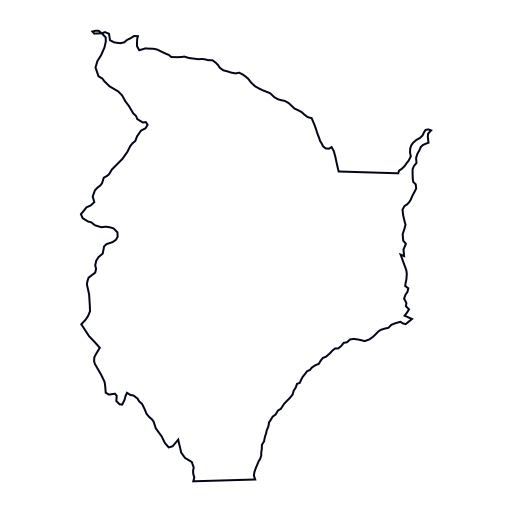 Poranga, Ceará, Brazil
{"feature_id": "56859067B70222133799440", "entity_name": "Poranga", "entity_type": "district", "adm_level": 2, "iso_a3": "BRA", "parent_name": "Brazil", "parent_adm1": "Ceará", "projection": "robinson", "projection_center": [-41.066, -4.8], "detail": "fine", "context": "isolated", "style": "outline", "palette": "ink", "viewbox_px": 512, "rotation_deg": 0, "n_neighbors": 0, "source": "geoboundaries", "source_scale": "gbopen_adm2", "svg_char_len": 4083}
<svg xmlns="http://www.w3.org/2000/svg" viewBox="0 0 512 512"><path d="M193.3,481.3L255.2,479.5L253.9,475.6L254.4,472.1L255.8,468.1L257.5,464.1L258.7,461.1L260.2,458.8L261.2,455.6L261.3,452.0L261.8,449.3L261.9,444.9L264.0,441.4L265.0,436.6L266.1,433.4L266.8,430.1L268.3,426.7L269.1,422.3L270.8,419.8L272.6,416.7L275.6,414.5L278.0,410.5L280.8,408.9L284.1,403.8L287.1,400.7L290.0,397.8L292.7,394.4L293.6,390.9L295.7,387.6L297.0,383.9L299.8,382.8L301.1,379.9L302.6,377.0L304.9,374.1L307.2,371.1L309.9,370.0L311.8,367.6L315.1,365.4L318.8,363.8L320.8,360.5L322.9,357.9L325.9,356.8L329.5,353.7L332.7,350.3L335.3,348.4L338.1,348.5L341.2,346.0L343.7,342.9L347.1,342.2L350.0,339.5L353.6,338.9L357.4,339.4L360.4,340.0L364.7,341.1L369.2,339.5L372.9,336.9L375.8,334.1L378.4,331.4L380.8,329.9L384.3,328.7L388.4,327.8L391.5,324.7L394.6,323.5L397.2,322.7L400.4,321.8L403.1,323.5L405.7,324.1L412.0,319.0L404.6,315.7L407.0,312.6L409.0,309.3L405.9,306.2L406.4,303.1L404.1,298.5L405.5,294.7L407.5,291.8L408.3,288.3L405.2,286.0L405.6,283.0L406.4,279.3L406.8,273.9L406.3,270.2L400.6,254.6L404.1,256.1L403.5,249.5L405.9,243.8L403.2,240.6L402.9,237.2L402.7,234.0L404.4,229.0L405.5,224.8L404.4,220.6L403.2,215.6L402.5,209.7L404.5,206.0L407.1,204.4L409.0,202.4L410.8,199.6L412.4,195.7L414.5,191.9L416.2,188.5L415.7,184.3L413.3,182.0L412.8,179.1L412.6,174.5L412.6,169.2L413.9,166.1L416.5,162.9L416.1,157.9L417.3,154.0L419.2,150.7L420.8,147.0L422.9,145.0L425.3,143.9L428.5,142.7L427.8,136.7L428.1,133.6L431.1,130.4L428.3,129.4L425.6,129.9L424.1,132.2L422.5,135.5L420.2,137.8L416.1,140.1L413.0,142.9L411.3,145.3L410.2,148.6L410.0,152.4L410.8,156.4L408.6,160.7L406.5,163.3L404.7,166.0L401.8,168.8L399.1,170.6L398.2,173.3L338.7,171.5L337.9,168.5L337.2,165.4L336.4,161.8L335.3,156.6L333.8,151.2L331.6,147.1L329.0,148.7L325.6,148.4L323.0,146.2L321.7,143.5L320.2,141.2L319.1,137.9L317.4,133.6L316.1,129.4L314.5,124.9L313.1,121.6L311.7,118.2L307.7,117.1L303.9,114.2L301.8,112.2L298.3,110.3L294.4,108.5L291.5,105.7L288.7,103.1L284.8,100.9L281.2,100.2L278.0,99.3L274.3,97.2L270.4,93.4L266.9,91.9L263.4,90.6L259.2,88.6L255.1,86.3L251.2,82.7L248.2,78.8L245.5,76.5L242.9,74.6L239.1,72.7L235.6,73.4L231.2,72.6L227.8,71.5L223.3,70.3L219.8,67.8L218.0,65.0L215.5,62.5L212.5,60.3L207.8,60.1L204.9,59.3L201.9,59.0L198.1,59.2L193.7,58.6L188.9,58.0L184.3,56.6L181.7,57.0L176.8,57.2L171.2,57.0L168.9,55.0L164.9,53.3L160.7,51.3L157.3,49.6L154.3,48.9L151.7,48.7L148.1,48.6L145.4,48.4L142.1,49.4L139.2,50.2L137.0,46.2L137.0,42.4L137.2,39.0L137.9,36.2L134.1,36.0L130.8,38.1L127.1,39.9L124.1,42.4L120.2,43.2L117.1,42.8L114.2,42.4L110.0,40.2L109.0,33.8L105.0,32.1L101.7,33.3L105.7,37.4L105.8,41.6L104.5,47.4L101.2,55.0L97.4,61.1L95.5,67.5L98.5,76.3L102.3,78.5L104.2,81.1L109.5,86.3L118.2,91.4L122.2,95.5L125.4,101.4L128.9,106.0L133.2,113.3L136.1,116.1L137.3,119.1L142.8,122.5L145.8,122.1L147.6,124.8L145.5,128.3L141.0,130.6L137.0,136.4L135.3,141.0L132.6,143.2L130.3,146.0L127.4,151.8L122.5,158.8L111.9,169.5L109.0,174.3L106.9,176.0L103.8,177.7L102.0,183.3L100.4,185.4L97.5,187.6L94.9,190.4L92.7,196.5L94.3,202.1L90.8,205.4L86.4,207.4L84.4,210.0L80.9,214.2L82.7,218.2L88.0,221.5L91.2,222.3L95.0,225.3L101.2,227.2L105.9,226.7L109.9,227.3L113.5,228.4L117.4,232.3L117.7,236.6L116.0,239.7L112.6,242.1L106.5,244.1L104.1,246.4L102.7,253.6L98.5,257.1L96.2,260.8L95.2,265.4L96.1,268.8L95.2,272.6L88.6,277.6L87.4,281.3L86.9,284.4L89.1,294.4L89.8,305.2L90.0,311.3L88.0,316.1L85.7,319.6L81.3,324.3L89.0,336.1L95.1,342.5L99.8,347.8L95.9,354.2L94.3,357.3L94.1,361.3L94.9,364.0L101.2,374.8L104.6,382.0L105.2,386.1L105.7,392.7L109.0,394.6L114.9,393.7L116.7,395.8L116.3,401.0L119.6,404.3L122.2,404.6L124.5,399.9L125.6,395.8L127.0,392.8L130.4,395.0L133.5,395.5L137.6,398.7L139.1,401.3L142.1,404.0L144.6,409.1L146.5,413.8L149.3,417.1L151.7,419.1L153.5,421.4L155.8,428.3L161.7,436.5L164.9,443.0L168.7,447.4L172.6,446.3L178.2,439.7L180.3,448.7L181.3,452.8L185.0,457.9L191.8,462.0L193.7,467.6L193.1,470.6L193.2,473.7L194.3,477.5L193.3,481.3ZM101.7,33.3L98.7,30.8L95.9,30.7L92.4,31.5L94.3,33.6L101.7,33.3Z" fill="none" stroke="#020617" stroke-width="2"/></svg>